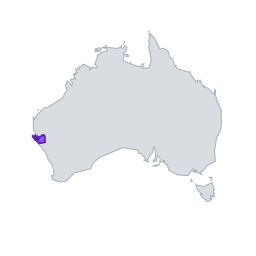 Shark Bay, Western Australia, Australia (highlighted), rotated 347°
{"feature_id": "25037944B60313460254351", "entity_name": "Shark Bay", "entity_type": "district", "adm_level": 2, "iso_a3": "AUS", "parent_name": "Australia", "parent_adm1": "Western Australia", "projection": "mercator", "projection_center": [113.623, -26.392], "detail": "fine", "context": "in_parent", "style": "filled", "palette": "violet", "viewbox_px": 256, "rotation_deg": 347, "n_neighbors": 0, "source": "geoboundaries", "source_scale": "gbopen_adm2", "svg_char_len": 6696}
<svg xmlns="http://www.w3.org/2000/svg" viewBox="0 0 256 256"><g transform="rotate(347 128 128)"><path d="M174.2,47.1L176.9,58.6L180.3,58.0L184.1,61.5L184.7,68.5L187.0,71.0L187.5,77.7L189.2,81.1L200.3,87.6L204.7,98.4L205.9,99.0L206.2,97.0L208.6,99.0L209.0,98.1L210.0,103.6L211.4,105.2L214.6,107.0L220.8,116.4L220.6,122.9L222.9,130.7L219.8,145.6L217.6,151.1L212.1,157.4L207.0,170.2L205.7,180.1L196.2,182.5L191.4,186.8L188.4,187.2L189.3,189.7L184.6,186.1L185.3,185.2L185.0,184.3L184.1,184.3L182.5,185.9L181.4,184.9L183.3,183.4L182.2,182.3L175.9,187.8L166.0,185.0L158.4,178.4L158.1,173.3L154.6,168.8L156.1,169.0L156.1,167.6L150.9,169.0L152.5,165.6L150.5,160.8L148.6,166.3L144.9,166.8L145.5,165.0L147.2,165.0L149.8,157.4L149.1,151.9L146.5,157.7L142.7,160.0L140.2,163.5L140.6,165.4L139.1,165.1L136.6,163.1L138.2,163.1L137.1,159.6L134.8,155.6L132.8,155.1L132.5,151.7L118.1,145.9L93.7,150.3L85.9,154.3L82.4,159.3L65.4,159.7L56.1,165.8L49.8,165.4L42.8,161.2L42.7,157.1L44.4,157.8L45.9,155.3L46.0,147.0L43.1,140.8L42.1,133.2L34.3,117.6L37.3,119.2L35.5,114.6L36.8,117.3L39.1,118.1L35.4,108.6L38.2,95.6L38.7,98.6L41.4,95.3L50.7,89.5L54.0,89.8L70.7,84.2L77.0,76.9L76.6,72.1L79.9,68.7L82.7,74.0L84.2,71.0L82.4,69.0L82.9,67.7L88.4,68.5L86.6,68.0L87.8,65.9L86.8,64.1L89.7,63.9L88.7,62.5L91.1,62.3L90.2,60.4L92.3,58.1L92.5,59.5L94.2,59.3L94.3,56.8L96.7,57.7L98.3,55.7L100.9,57.1L104.3,60.5L103.7,63.3L106.1,60.6L111.0,62.4L112.0,60.9L109.8,58.8L115.6,49.4L116.8,50.0L118.8,47.7L119.5,48.7L125.4,47.9L125.2,45.7L121.2,44.0L121.9,43.4L136.2,48.3L140.4,46.5L139.4,48.3L141.1,49.4L143.3,47.1L145.2,49.0L142.9,53.2L140.4,53.6L140.5,56.6L138.2,61.4L151.2,70.1L154.8,70.9L155.9,73.0L161.8,74.5L166.0,66.9L166.3,55.9L166.9,51.8L168.4,50.9L167.3,49.0L170.9,41.2L174.2,47.1ZM181.4,199.0L188.9,202.0L197.7,200.1L198.3,208.6L197.7,207.1L196.8,208.9L196.6,214.6L193.5,212.2L191.5,217.5L187.6,217.1L188.4,215.6L185.0,213.1L183.7,208.7L185.1,209.5L181.6,203.4L181.4,199.0ZM114.5,43.5L118.7,43.5L119.9,44.7L117.2,47.0L114.5,43.5ZM143.3,170.6L150.6,170.3L147.5,171.6L143.3,170.6ZM144.1,56.0L144.9,58.3L142.3,57.9L142.7,56.3L144.1,56.0ZM220.4,115.3L220.2,112.5L221.3,110.1L221.7,111.8L220.4,115.3ZM195.6,194.1L198.1,194.8L198.2,195.9L195.6,194.1ZM114.1,44.2L115.6,46.5L112.9,46.3L114.1,44.2ZM178.7,194.6L177.3,194.3L178.1,192.3L178.7,194.6ZM158.0,69.1L156.7,69.8L155.5,70.2L156.1,68.8L158.0,69.1ZM34.3,116.9L33.3,115.5L33.2,114.2L33.3,114.1L34.3,116.9ZM197.7,197.1L198.6,197.9L196.8,197.2L197.7,197.1ZM210.9,103.9L211.8,103.9L211.8,105.2L210.9,103.9ZM187.9,77.6L189.0,78.3L188.8,78.7L187.9,77.6ZM193.4,215.4L193.5,216.8L192.6,216.3L193.4,215.4ZM222.1,124.0L222.2,125.6L222.1,124.0ZM125.0,43.4L124.3,42.8L124.8,42.4L125.0,43.4ZM144.2,43.5L143.2,44.7L144.4,42.6L144.2,43.5ZM222.2,122.0L221.8,122.6L222.1,122.0L222.2,122.0ZM145.7,64.9L145.1,65.2L145.5,64.6L145.7,64.9ZM142.0,55.9L141.3,56.0L141.7,55.3L142.0,55.9ZM44.8,89.5L44.6,90.5L44.2,90.4L44.8,89.5ZM169.7,40.6L169.6,41.4L169.3,40.9L169.7,40.6ZM184.1,184.8L184.3,185.4L184.0,185.2L184.1,184.8ZM142.9,45.0L141.6,45.8L143.0,44.8L142.9,45.0ZM90.3,59.2L89.8,59.8L90.2,59.1L90.3,59.2ZM193.9,214.3L193.4,214.6L193.7,214.1L193.9,214.3ZM157.4,71.9L156.6,71.9L157.0,71.4L157.4,71.9ZM87.6,63.5L87.2,63.8L87.2,63.0L87.6,63.5ZM197.5,211.4L196.9,211.8L197.1,211.0L197.5,211.4ZM170.1,38.5L170.0,39.0L169.6,38.8L170.1,38.5ZM183.7,185.6L184.4,186.2L183.3,186.0L183.7,185.6ZM201.6,87.6L201.1,87.6L201.3,87.0L201.6,87.6ZM205.7,97.0L205.7,96.4L205.7,97.0ZM181.7,198.0L181.6,198.5L181.4,197.9L181.7,198.0Z" fill="#d9dde1" stroke="#a8b0b8" stroke-width="1"/><path d="M39.3,117.4L39.2,117.5L39.1,117.4L39.1,117.5L39.0,117.8L39.2,118.1L39.2,118.3L39.1,118.5L38.9,118.7L38.8,118.8L38.5,119.0L38.4,119.1L38.5,119.0L38.4,118.9L38.0,118.5L37.9,118.4L37.9,118.2L37.9,117.9L37.8,117.7L37.8,117.4L37.7,117.3L37.6,117.1L37.7,116.9L37.6,116.6L37.6,116.4L37.6,116.8L37.5,117.0L37.5,116.9L37.3,117.4L37.3,117.2L37.3,117.4L37.1,117.7L36.9,117.6L36.7,117.7L36.8,117.6L36.7,117.3L36.7,117.1L36.7,116.9L36.8,116.7L36.8,116.4L37.0,116.1L36.8,116.0L36.8,115.6L36.7,115.5L36.5,115.3L36.3,115.3L36.3,115.2L36.2,115.0L36.2,114.7L36.2,114.8L36.1,114.7L36.1,114.8L36.0,114.7L35.9,114.7L35.8,114.4L35.8,114.2L35.7,114.3L35.5,114.6L35.4,114.7L35.4,115.0L35.4,115.3L35.6,115.5L35.5,115.4L35.5,115.2L35.6,115.3L35.7,115.5L35.8,115.9L35.9,116.0L36.0,116.4L36.0,116.6L36.1,116.9L36.1,117.0L36.3,117.2L36.4,117.3L36.5,117.5L36.6,117.8L36.9,117.8L37.1,117.9L37.3,118.1L37.5,118.4L37.6,118.6L37.6,119.0L37.5,119.3L37.3,119.5L37.2,119.6L37.2,119.8L37.0,119.7L36.9,119.8L36.7,119.8L36.6,120.0L36.7,119.9L36.7,120.0L36.5,119.9L36.5,119.7L36.4,119.9L36.4,119.6L36.4,119.4L36.4,119.2L36.3,119.3L36.3,119.2L36.3,119.3L36.2,119.3L36.2,119.5L36.3,119.8L36.2,119.8L36.1,119.6L36.1,119.3L36.1,119.2L36.1,118.9L36.0,118.7L35.9,118.3L36.0,118.2L35.9,118.1L35.7,118.2L35.8,118.3L35.9,118.5L35.8,118.8L35.8,119.0L35.7,119.2L35.7,118.9L35.8,118.8L35.7,118.6L35.8,118.7L35.7,118.5L35.8,118.4L35.7,118.3L35.7,118.0L35.6,117.8L35.5,117.7L35.4,117.5L35.4,117.4L35.3,117.2L35.2,117.1L35.1,116.7L35.1,116.8L35.1,117.0L35.2,117.3L35.2,117.5L35.1,117.9L35.1,118.1L35.2,118.5L35.3,118.7L35.3,118.8L35.3,118.7L35.2,118.7L35.1,118.4L34.9,118.4L35.0,118.3L34.9,118.3L35.0,118.3L34.9,117.9L34.9,117.7L34.9,117.3L34.9,117.1L34.9,116.9L34.8,116.7L34.8,116.8L34.7,117.0L34.8,117.1L34.8,117.3L34.7,117.5L34.7,117.8L34.6,117.6L34.3,117.5L34.2,117.4L34.5,117.8L34.7,118.2L34.8,118.4L34.8,118.5L35.8,119.7L36.1,120.1L37.1,121.5L37.9,123.1L38.4,123.1L38.4,122.4L39.2,122.4L39.2,122.9L39.4,122.9L39.4,123.0L40.2,123.0L40.2,123.3L41.6,123.3L43.1,123.4L43.8,123.4L43.8,123.0L44.2,123.0L44.2,122.9L44.1,121.7L44.2,120.7L44.7,120.7L44.7,118.1L45.2,118.1L45.2,117.7L45.1,116.7L45.0,116.3L44.1,116.3L44.1,116.1L44.0,115.5L42.7,115.5L42.7,116.0L42.1,116.0L42.1,116.3L41.6,116.3L41.6,116.6L39.7,116.6L39.7,117.4L39.3,117.4ZM33.4,114.2L33.5,114.0L33.4,114.0L33.3,113.9L33.1,114.2L33.1,114.6L33.1,114.8L33.3,115.3L33.3,115.5L33.5,115.9L33.6,116.3L34.1,116.8L34.3,117.3L34.4,117.5L34.5,117.4L34.5,117.2L34.4,116.9L34.4,116.7L34.2,116.5L34.2,116.3L34.2,116.5L34.0,116.2L33.9,116.0L34.0,115.8L33.9,115.5L33.8,115.4L33.7,115.2L33.8,115.2L33.7,115.1L33.6,114.7L33.5,114.4L33.4,114.2ZM37.7,115.9L37.7,115.7L37.4,115.7L37.4,115.8L37.5,116.0L37.4,115.9L37.4,116.0L37.5,116.0L37.7,115.8L37.7,115.9ZM37.0,119.5L37.0,119.4L37.0,119.5ZM37.5,116.8L37.5,116.7L37.4,116.7L37.5,116.8ZM37.5,117.0L37.5,116.9L37.5,117.0L37.5,117.0ZM37.4,118.5L37.5,118.6L37.5,118.4L37.4,118.5L37.4,118.5ZM35.0,118.3L35.0,118.2L35.0,118.3L35.0,118.3ZM36.7,117.1L36.8,117.0L36.8,116.9L36.8,117.0L36.7,117.1ZM36.7,117.1L36.7,117.3L36.7,117.2L36.7,117.1Z" fill="#8b5cf6" stroke="#5b21b6" stroke-width="1.5"/></g></svg>